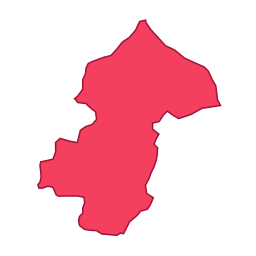 the district of Falkenberg, Halland, Sweden, rotated 176°
{"feature_id": "70781695B60260564619256", "entity_name": "Falkenberg", "entity_type": "district", "adm_level": 2, "iso_a3": "SWE", "parent_name": "Sweden", "parent_adm1": "Halland", "projection": "albers", "projection_center": [12.796, 57.048], "detail": "fine", "context": "isolated", "style": "filled", "palette": "rose", "viewbox_px": 256, "rotation_deg": 176, "n_neighbors": 0, "source": "geoboundaries", "source_scale": "gbopen_adm2", "svg_char_len": 1400}
<svg xmlns="http://www.w3.org/2000/svg" viewBox="0 0 256 256"><g transform="rotate(176 128 128)"><path d="M34.1,144.0L36.7,149.8L37.5,164.2L40.5,170.1L43.9,179.1L47.8,183.6L57.2,188.6L66.6,193.6L76.0,202.5L84.9,207.5L92.8,217.5L98.7,224.9L102.7,231.9L102.9,234.4L109.0,233.4L113.6,225.0L120.7,218.0L127.7,214.1L133.3,207.8L140.0,201.5L147.7,200.1L158.6,196.9L163.2,195.1L165.6,190.9L166.7,185.0L169.8,179.3L170.5,169.9L175.7,163.6L179.3,160.9L178.5,160.2L176.3,156.9L168.1,155.3L166.4,153.1L162.6,149.3L159.3,146.6L158.7,138.9L163.6,134.0L170.2,132.3L175.7,129.0L177.3,124.1L179.5,117.0L186.0,118.6L190.9,120.3L196.4,122.4L201.3,118.6L201.8,109.3L205.0,102.2L211.6,101.1L217.5,100.3L218.4,96.8L218.1,90.1L218.1,85.2L219.4,80.5L221.9,77.6L221.0,74.2L220.2,74.2L216.9,74.0L213.8,75.2L210.0,75.2L206.9,73.8L204.4,66.5L202.2,64.9L194.8,64.5L182.8,63.7L176.6,61.9L176.5,56.1L178.8,51.2L179.0,46.3L182.5,43.2L183.8,39.2L183.2,34.1L178.5,29.9L172.3,28.5L166.7,27.9L161.5,24.1L152.5,22.7L146.4,21.7L143.1,23.7L139.8,22.9L133.1,34.2L125.1,40.1L121.2,44.2L114.3,45.6L111.1,49.8L107.6,56.7L113.9,61.3L114.6,69.6L110.7,75.9L107.9,82.1L105.1,86.7L102.3,93.3L100.9,98.5L99.8,106.1L103.1,109.9L100.9,114.8L97.6,119.7L103.6,125.2L103.0,131.2L96.4,132.3L91.5,138.8L87.7,142.1L81.7,137.2L76.8,133.9L64.2,137.1L60.9,138.7L52.7,142.5L40.1,143.5L34.1,144.0Z" fill="#f43f5e" stroke="#9f1239" stroke-width="1.5"/></g></svg>